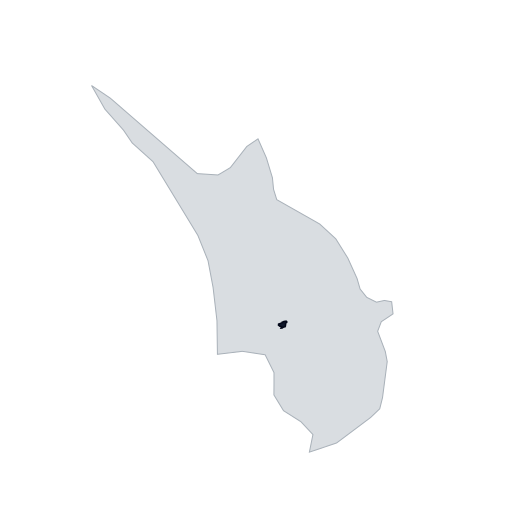 Vyzakia, Nicosia, Cyprus shown in context, rotated 257°
{"feature_id": "46923920B13954431934634", "entity_name": "Vyzakia", "entity_type": "district", "adm_level": 2, "iso_a3": "CYP", "parent_name": "Cyprus", "parent_adm1": "Nicosia", "projection": "albers", "projection_center": [33.022, 35.072], "detail": "fine", "context": "in_parent", "style": "filled", "palette": "ink", "viewbox_px": 512, "rotation_deg": 257, "n_neighbors": 0, "source": "geoboundaries", "source_scale": "gbopen_adm2", "svg_char_len": 1341}
<svg xmlns="http://www.w3.org/2000/svg" viewBox="0 0 512 512"><g transform="rotate(257 256 256)"><path d="M364.8,271.7L369.7,284.3L349.2,288.2L328.5,289.6L317.0,288.1L306.2,288.9L272.8,325.3L254.8,337.6L233.3,345.0L211.4,349.4L200.4,350.0L190.8,354.6L183.9,363.0L183.8,371.1L180.9,377.9L168.8,376.5L163.8,363.3L155.3,357.6L133.9,360.5L123.6,360.1L89.5,347.4L79.3,342.2L72.9,331.4L55.7,292.5L52.9,263.9L69.2,271.3L84.4,262.5L99.1,248.0L116.6,242.2L127.5,244.8L138.3,247.3L157.7,242.7L166.2,221.2L168.9,196.3L201.7,203.4L235.0,207.1L262.2,208.2L289.1,204.0L371.0,176.9L394.0,160.8L408.4,155.2L433.1,141.8L459.1,134.1L442.6,149.5L349.5,217.3L343.5,237.2L347.9,250.9L361.3,267.4L364.8,271.7Z" fill="#d9dde1" stroke="#a8b0b8" stroke-width="1"/><path d="M183.7,262.3L183.1,262.6L183.0,263.0L182.2,263.4L181.9,264.3L181.5,264.9L181.0,264.6L180.5,264.4L180.1,264.1L180.0,264.8L180.0,265.6L180.5,265.8L180.6,266.3L180.4,266.9L180.6,267.6L180.5,268.4L181.1,268.9L182.0,269.2L182.7,269.5L183.2,269.5L183.8,269.5L183.9,270.0L184.2,270.5L184.3,270.9L184.7,271.2L185.1,271.2L185.7,270.8L185.8,270.4L185.8,270.0L185.9,269.4L185.9,268.7L185.9,268.0L185.7,267.5L185.6,266.7L185.1,266.8L185.0,266.3L184.9,265.4L184.9,265.0L184.8,264.4L184.7,263.9L184.7,263.2L184.6,262.7L184.1,262.6L183.7,262.3Z" fill="#0f172a" stroke="#020617" stroke-width="1.5"/></g></svg>